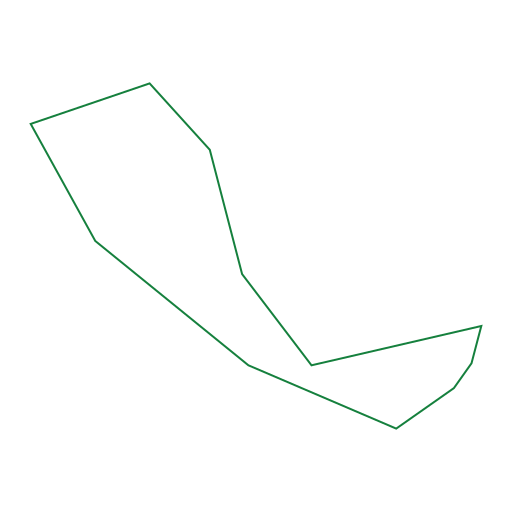 an SVG outline of Aitutaki
{"feature_id": "COK-4951", "entity_name": "Aitutaki", "entity_type": "state/province", "adm_level": 1, "iso_a3": "COK", "parent_name": "Cook Islands", "parent_adm1": "", "projection": "albers", "projection_center": [-158.934, -19.256], "detail": "fine", "context": "isolated", "style": "outline", "palette": "green", "viewbox_px": 512, "rotation_deg": 0, "n_neighbors": 0, "source": "natural_earth", "source_scale": "10m", "svg_char_len": 268}
<svg xmlns="http://www.w3.org/2000/svg" viewBox="0 0 512 512"><path d="M396.2,428.6L248.4,365.3L95.3,241.0L30.7,123.9L149.6,83.4L209.8,149.8L242.1,274.1L311.5,365.3L481.3,326.0L471.5,363.3L453.9,388.1L396.2,428.6Z" fill="none" stroke="#15803d" stroke-width="2"/></svg>